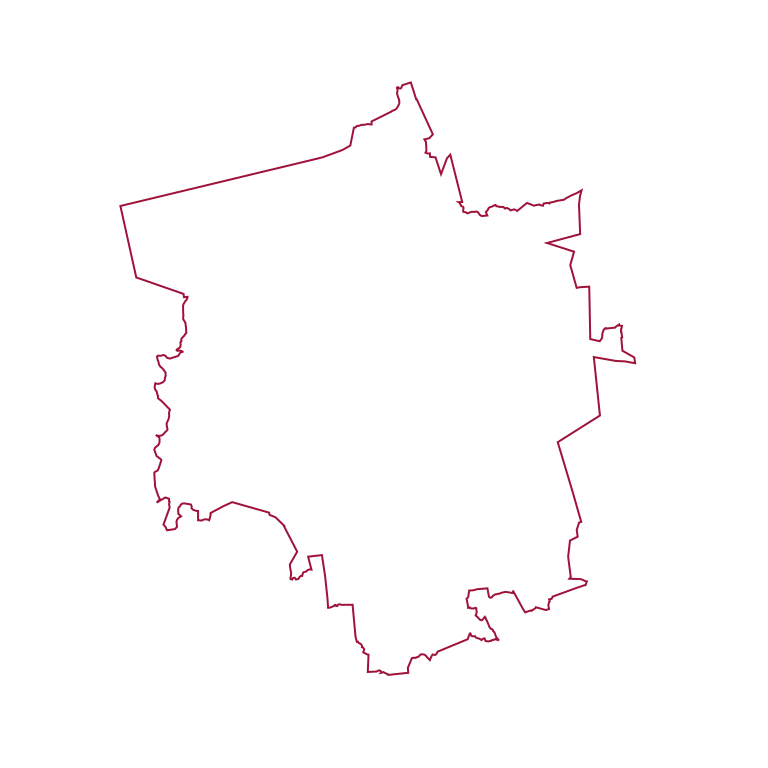 San José de Gracia, Aguascalientes, Mexico (Albers equal-area conic projection), rotated 346°
{"feature_id": "50627088B86600240710870", "entity_name": "San José de Gracia", "entity_type": "district", "adm_level": 2, "iso_a3": "MEX", "parent_name": "Mexico", "parent_adm1": "Aguascalientes", "projection": "albers", "projection_center": [-102.542, 22.143], "detail": "fine", "context": "isolated", "style": "outline", "palette": "rose", "viewbox_px": 768, "rotation_deg": 346, "n_neighbors": 0, "source": "geoboundaries", "source_scale": "gbopen_adm2", "svg_char_len": 6160}
<svg xmlns="http://www.w3.org/2000/svg" viewBox="0 0 768 768"><g transform="rotate(346 384 384)"><path d="M542.0,565.5L541.0,535.9L538.5,482.5L585.9,466.8L594.1,408.6L614.5,417.7L623.4,420.4L632.7,424.6L633.3,418.8L623.4,409.4L625.4,396.6L626.4,396.4L626.9,390.8L626.6,390.8L626.6,390.6L627.3,388.0L627.7,387.9L629.0,385.1L626.2,384.1L626.4,383.2L622.8,384.5L622.0,385.2L612.4,383.9L612.6,383.5L612.1,383.4L610.4,384.5L608.2,387.6L606.8,392.1L603.6,394.7L595.0,390.3L606.7,339.2L597.5,337.5L594.2,337.3L593.5,314.3L593.2,313.8L593.5,314.0L593.5,313.7L600.4,301.6L576.2,286.6L610.6,286.0L615.8,261.0L616.4,257.6L619.6,249.2L622.5,243.9L616.8,245.5L611.1,246.4L607.8,247.3L606.0,247.6L603.8,248.6L602.4,248.7L595.4,248.1L595.3,248.3L591.1,248.3L588.8,248.1L588.2,248.9L586.7,247.9L582.7,247.5L582.3,248.2L581.5,248.6L581.4,249.4L580.0,248.9L578.8,248.2L578.2,247.4L574.5,247.2L572.7,247.3L566.5,242.9L555.1,248.3L553.8,246.9L552.4,246.0L549.4,246.2L548.6,246.0L547.9,244.7L546.2,243.2L545.3,242.7L544.1,243.1L543.6,242.8L542.8,241.3L542.3,240.9L540.5,240.6L538.6,240.0L537.6,239.2L536.0,238.7L535.6,237.3L534.7,237.2L532.3,237.9L529.6,238.1L528.4,238.4L527.6,239.1L527.0,240.1L524.4,241.8L525.0,245.5L519.5,244.7L518.3,243.6L517.7,242.7L516.8,240.1L515.4,239.0L513.4,238.9L510.7,238.1L506.2,238.6L505.2,237.4L502.7,236.2L502.6,235.2L503.8,232.4L503.7,231.5L503.4,231.0L502.1,230.1L501.2,226.6L500.3,225.6L503.9,226.3L503.8,177.5L499.7,180.2L490.1,194.2L488.8,176.5L483.7,174.8L484.3,171.3L482.1,170.9L480.2,169.6L481.6,167.9L483.3,159.3L482.4,156.4L487.3,156.5L491.8,153.6L484.6,115.5L484.1,115.5L483.0,97.9L474.1,98.5L473.9,98.6L472.5,100.7L471.9,101.2L471.0,101.2L470.2,100.6L469.7,99.7L469.1,99.3L468.4,99.4L468.1,100.1L468.4,101.2L467.9,103.3L467.1,104.5L466.9,105.8L467.1,109.5L467.4,111.2L467.3,113.1L466.7,115.6L464.1,118.6L462.4,120.1L460.0,120.8L458.0,120.9L457.3,121.4L435.5,126.2L434.7,129.2L431.3,127.9L426.7,127.6L424.9,127.1L422.5,127.4L420.1,127.2L418.8,127.8L418.4,128.2L416.8,128.0L409.0,144.5L400.2,146.9L379.0,149.2L171.3,147.5L169.4,220.7L211.3,248.1L210.9,251.4L214.4,251.9L213.9,253.2L212.7,254.6L210.9,255.9L209.0,257.7L207.9,259.6L206.4,266.1L206.0,268.7L204.8,272.2L206.1,276.6L205.3,283.1L204.7,284.8L204.8,286.3L204.0,287.1L202.9,287.6L202.3,288.5L200.0,289.9L198.3,291.2L197.8,292.4L197.9,293.4L196.6,294.2L196.2,296.8L195.3,298.7L193.8,299.6L191.2,300.5L190.9,301.1L191.4,301.7L194.5,302.4L195.5,302.9L196.3,304.0L194.6,304.2L193.0,305.0L192.1,306.2L190.8,307.0L182.4,307.5L180.6,306.6L179.5,305.6L178.9,303.9L177.6,302.9L176.5,302.4L174.4,302.7L171.4,301.8L170.3,302.6L170.2,305.3L170.5,307.9L170.4,310.7L171.2,313.1L172.5,314.8L173.4,316.5L174.8,320.0L174.1,323.3L172.8,325.3L172.2,327.3L171.1,328.1L169.8,328.8L167.4,329.3L165.9,329.3L164.3,329.1L162.3,328.0L160.6,331.8L160.7,334.1L161.7,336.8L161.5,339.5L161.9,341.0L161.2,343.0L164.1,346.8L170.1,357.1L168.7,359.4L168.2,360.8L167.9,362.9L166.7,365.6L163.8,369.3L163.3,370.4L162.9,375.9L161.7,376.9L160.3,377.6L157.1,379.7L155.6,380.2L153.0,379.9L151.8,379.4L151.0,378.8L150.8,379.0L152.7,381.0L153.1,382.3L152.0,386.5L150.3,388.6L147.0,390.1L146.2,390.7L145.3,392.1L145.3,393.0L145.9,398.9L149.4,403.2L149.5,404.2L145.2,411.0L143.5,413.2L140.7,413.8L139.6,414.5L137.1,428.1L137.8,437.6L138.6,441.2L137.7,442.3L134.7,444.1L144.3,441.2L147.6,443.3L147.6,444.2L147.0,445.8L147.5,446.5L146.4,448.5L146.1,452.1L136.0,467.1L137.4,469.8L138.1,473.4L145.9,474.2L148.6,472.6L149.3,467.4L150.4,465.6L151.9,464.3L155.1,463.3L153.0,460.2L153.3,459.5L153.7,456.6L154.8,454.2L156.7,453.2L157.5,452.0L159.3,451.2L161.3,451.5L167.5,454.2L167.8,456.0L167.2,458.1L168.4,459.9L171.7,462.0L172.9,462.2L170.6,471.2L171.8,471.5L173.9,472.4L175.9,471.9L178.6,472.2L180.5,473.1L181.3,473.9L181.9,473.2L184.2,468.9L184.2,467.6L184.7,467.2L198.1,463.8L208.1,461.9L241.4,481.0L241.3,483.3L246.4,487.0L252.9,497.4L252.5,497.5L259.2,525.7L249.0,536.3L248.6,538.4L248.1,545.4L247.3,547.5L246.5,549.1L246.1,550.6L247.6,551.5L248.5,550.4L249.3,550.2L250.5,550.4L251.3,552.4L253.9,552.4L255.1,551.1L256.1,550.5L257.3,550.0L258.2,550.4L259.5,547.9L260.8,547.1L263.0,547.2L264.9,546.1L267.0,545.9L268.7,546.6L268.6,533.2L282.4,535.0L280.4,556.0L277.2,578.8L275.6,587.6L277.3,587.9L281.3,587.4L282.5,586.6L283.4,586.7L283.8,587.9L285.0,588.1L285.6,587.1L287.3,586.9L289.7,588.1L300.1,590.6L295.2,622.5L295.3,627.6L296.3,627.7L296.6,628.8L298.7,630.8L299.4,632.8L298.9,633.9L299.8,634.5L300.3,635.6L300.6,636.8L298.9,639.3L302.0,642.1L303.5,642.9L298.6,659.5L307.2,661.2L309.1,660.7L310.2,660.7L311.4,661.9L311.8,662.7L311.9,663.0L311.2,663.5L312.7,663.6L313.5,663.3L317.8,666.9L317.8,667.3L337.7,670.1L338.4,665.3L344.8,656.7L347.3,656.9L348.4,657.5L349.6,657.0L350.6,657.1L352.0,656.7L353.8,655.4L355.3,655.4L357.2,656.1L358.1,656.7L359.1,658.2L359.6,659.4L361.7,663.0L364.2,659.7L365.7,658.2L367.0,658.9L368.4,659.3L370.2,658.1L371.2,656.7L403.4,651.9L406.8,646.9L407.5,646.9L407.8,649.4L409.3,650.4L411.4,650.7L411.6,651.7L412.0,652.5L414.4,653.9L415.6,654.8L416.7,656.1L418.6,655.0L420.0,655.2L420.4,658.0L423.2,659.1L425.0,658.9L426.0,659.2L426.6,658.7L427.8,658.6L428.3,658.9L429.1,658.6L430.5,658.4L431.1,659.2L432.4,659.7L433.5,660.7L431.6,656.5L431.1,651.7L430.0,649.9L430.2,649.2L429.6,648.1L428.4,647.2L427.6,645.7L427.1,642.0L426.7,639.9L426.7,638.9L426.1,637.4L426.1,635.8L425.5,634.3L422.8,636.4L421.8,636.9L421.2,636.8L419.9,635.7L418.3,632.6L416.9,630.8L418.4,628.7L419.0,626.4L419.0,624.9L419.3,623.9L418.6,623.3L416.3,623.5L413.3,622.4L413.2,621.5L411.4,621.5L411.8,619.1L412.2,612.2L413.2,611.9L414.3,610.8L416.7,605.0L420.0,605.7L425.2,605.7L434.9,607.3L434.4,615.8L435.4,617.1L437.0,617.1L438.0,616.1L441.0,615.0L442.0,615.3L443.6,615.1L445.1,615.4L447.1,615.0L451.7,615.1L458.9,618.2L459.1,615.6L464.4,635.7L465.7,639.7L472.0,639.2L472.4,639.8L477.1,637.9L477.4,637.4L486.4,642.5L489.7,642.3L489.9,638.6L491.2,635.8L492.2,635.2L492.1,632.9L494.7,633.0L496.2,631.1L519.6,628.6L530.3,627.7L530.8,628.0L533.1,624.6L532.2,624.3L527.9,621.0L516.8,617.8L518.5,616.6L520.9,596.1L526.6,580.9L535.0,579.0L535.7,572.2L539.8,565.6L542.0,565.5Z" fill="none" stroke="#9f1239" stroke-width="2"/></g></svg>